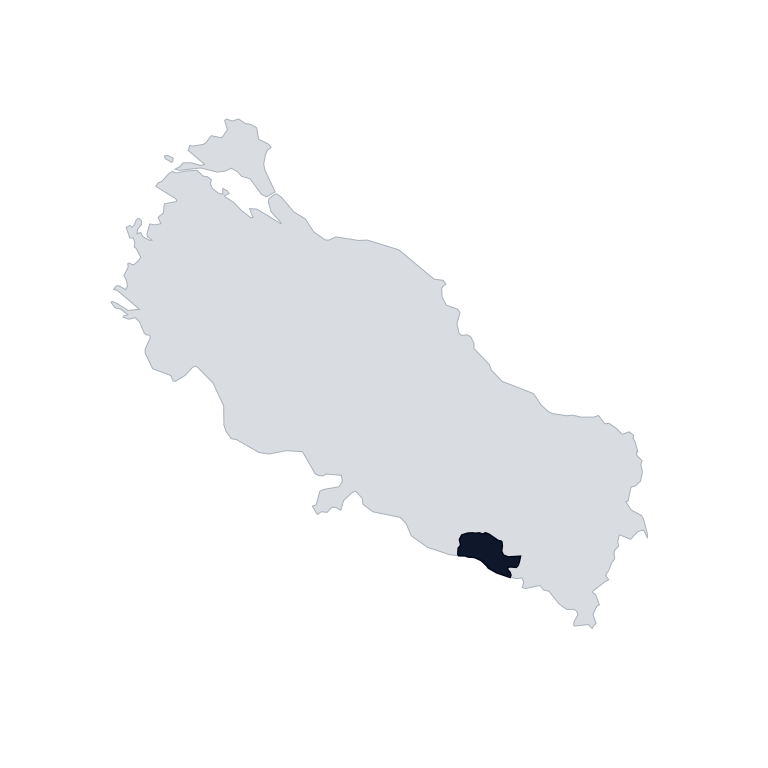 Mardin on a map of Turkey (orthographic projection), rotated 33°
{"feature_id": "TUR-3041", "entity_name": "Mardin", "entity_type": "Province", "adm_level": 1, "iso_a3": "TUR", "parent_name": "Turkey", "parent_adm1": "", "projection": "orthographic", "projection_center": [40.921, 37.344], "detail": "fine", "context": "in_parent", "style": "filled", "palette": "ink", "viewbox_px": 768, "rotation_deg": 33, "n_neighbors": 0, "source": "natural_earth", "source_scale": "10m", "svg_char_len": 4434}
<svg xmlns="http://www.w3.org/2000/svg" viewBox="0 0 768 768"><g transform="rotate(33 384 384)"><path d="M581.0,293.6L590.9,297.1L594.1,294.4L603.2,294.7L611.3,296.5L615.6,290.6L621.4,291.1L622.5,294.1L625.2,295.1L633.8,302.5L632.8,303.5L635.0,306.2L642.2,307.8L643.1,311.6L648.8,317.2L652.0,325.9L650.5,332.1L647.4,336.1L652.4,349.3L651.0,351.0L660.0,355.1L671.2,354.0L674.9,355.7L686.1,365.8L689.0,369.8L681.3,365.1L677.2,369.5L675.5,379.9L663.6,382.2L665.7,388.9L669.0,391.9L668.1,398.3L669.1,400.8L672.6,404.8L672.3,410.5L673.8,416.5L674.1,423.8L679.2,425.8L677.1,429.2L672.0,444.0L672.4,445.2L676.2,445.4L684.9,451.9L683.5,454.2L684.8,463.6L692.4,469.4L691.4,472.5L691.7,475.7L686.3,474.5L675.7,483.2L674.5,483.0L672.9,480.2L672.3,471.9L669.6,469.8L666.2,469.4L660.4,473.4L655.0,473.4L649.6,472.8L635.2,468.0L630.1,469.9L624.6,468.0L614.0,478.5L610.8,479.4L609.2,474.3L605.4,471.5L600.7,475.4L582.4,480.5L573.9,481.4L563.6,479.7L555.1,480.2L531.8,491.5L509.4,497.3L489.4,496.4L478.7,489.0L470.2,487.1L444.3,497.2L431.8,496.3L427.8,491.7L418.3,489.4L416.0,493.6L413.6,503.8L416.5,513.4L411.1,513.7L407.5,515.6L406.2,522.6L401.1,525.2L399.3,529.5L398.4,529.5L390.5,525.5L392.9,522.2L388.6,508.8L391.3,504.8L402.2,494.7L402.2,488.4L398.0,483.8L384.5,491.0L383.1,494.0L380.0,496.1L375.1,496.8L352.5,485.1L338.3,493.2L325.8,505.3L316.6,509.5L290.5,511.0L285.7,513.1L277.1,509.6L272.1,505.6L261.5,489.7L240.2,476.4L216.9,471.1L214.5,473.8L212.5,485.1L207.6,495.4L205.5,496.3L200.6,493.0L181.7,497.2L167.0,488.3L164.7,484.9L162.7,472.0L160.6,470.8L157.9,472.3L155.3,471.9L145.0,465.0L139.1,463.9L134.8,468.6L128.7,470.0L128.7,468.5L131.5,465.4L122.2,464.7L116.9,466.6L110.5,464.1L111.1,462.7L116.7,461.8L129.3,461.7L138.3,454.5L108.9,450.8L105.8,452.1L106.0,447.8L107.9,446.0L115.8,445.6L115.8,442.0L111.7,437.5L106.8,434.7L105.8,425.4L103.6,422.7L104.1,421.5L109.1,420.6L111.0,414.2L110.9,410.1L102.1,405.2L99.9,405.2L98.2,401.4L94.5,398.2L91.0,399.8L82.4,393.0L84.7,389.4L87.1,389.8L88.0,386.9L86.9,381.5L87.5,379.0L89.7,378.6L91.9,379.4L93.8,382.8L93.1,388.6L95.1,392.5L97.4,389.3L101.4,391.8L109.3,391.2L111.0,389.9L105.4,389.2L103.5,387.5L100.4,377.3L105.5,375.2L109.5,371.1L103.7,367.1L105.9,360.8L101.6,352.6L110.3,344.3L110.2,342.9L108.0,342.0L84.8,342.5L85.1,338.2L87.4,334.8L88.7,325.7L90.5,321.0L94.9,320.2L101.2,313.8L110.7,306.7L119.3,308.1L123.0,306.3L128.2,306.9L129.1,310.5L133.3,313.4L141.2,314.2L145.3,312.5L142.3,307.9L147.0,307.2L150.4,308.7L147.8,312.9L148.8,313.5L159.3,313.6L169.8,316.1L181.8,317.1L183.5,315.8L175.7,310.2L181.6,306.8L184.7,306.4L210.0,305.8L210.3,304.9L195.4,301.0L188.2,294.6L186.5,291.4L189.0,284.5L190.9,282.9L196.4,283.3L214.6,288.8L228.1,288.4L242.1,294.7L256.1,295.2L259.3,293.4L263.5,286.9L284.3,277.6L291.8,272.3L323.4,263.4L368.9,268.8L377.2,264.8L381.7,266.6L380.2,269.5L380.3,272.3L385.4,279.5L393.3,283.9L404.9,281.2L408.9,282.7L412.3,293.7L419.1,300.4L422.4,301.1L427.0,297.5L431.1,297.2L437.7,301.2L439.9,305.2L461.9,310.4L466.4,313.8L481.3,317.5L514.8,310.6L526.9,316.0L537.1,317.7L541.4,317.0L554.9,310.9L559.1,307.4L567.5,304.4L578.0,297.5L581.0,293.6ZM160.4,247.0L158.8,251.7L160.0,257.2L163.4,265.1L167.5,269.4L188.1,282.2L183.7,291.0L178.0,291.7L159.7,284.8L151.5,287.5L146.1,285.7L138.2,286.3L135.2,291.5L128.8,297.1L112.5,302.7L96.1,316.2L91.8,317.6L94.5,312.6L95.1,307.9L102.0,303.4L111.1,300.6L113.9,297.5L92.5,294.8L91.3,289.6L93.6,289.0L101.9,281.6L103.2,278.3L103.9,269.8L113.0,266.3L114.0,264.4L114.1,255.9L106.9,249.9L107.5,247.5L113.5,246.2L117.7,240.9L126.1,241.1L130.4,238.9L137.7,238.5L145.4,247.0L156.4,245.7L160.4,247.0ZM85.0,313.9L77.6,314.0L75.6,312.4L78.2,310.2L84.1,309.4L85.5,312.2L85.0,313.9Z" fill="#d9dde1" stroke="#a8b0b8" stroke-width="1"/><path d="M595.2,477.6L581.2,481.1L571.8,481.6L571.1,481.4L569.6,480.7L561.5,479.1L555.2,480.1L553.5,480.7L549.0,483.2L547.5,483.6L546.7,483.7L546.0,483.8L545.3,484.1L544.6,484.5L540.1,487.5L538.6,486.7L535.6,481.3L536.0,477.9L535.6,477.0L533.9,475.3L532.8,474.3L531.9,473.3L531.4,468.3L534.8,464.1L536.3,462.7L540.0,460.2L541.6,459.6L545.3,456.7L548.0,456.5L549.6,454.4L550.0,453.5L553.7,452.7L565.4,453.0L567.5,452.0L568.4,452.0L569.0,452.3L571.4,455.2L573.7,460.1L577.3,462.4L582.4,461.3L586.2,458.5L592.3,454.0L594.3,459.3L595.3,462.9L594.9,465.7L592.5,467.0L589.3,468.8L587.9,470.3L588.5,472.1L592.4,473.3L594.5,475.0L595.2,477.6L595.2,477.6Z" fill="#0f172a" stroke="#020617" stroke-width="1.5"/></g></svg>